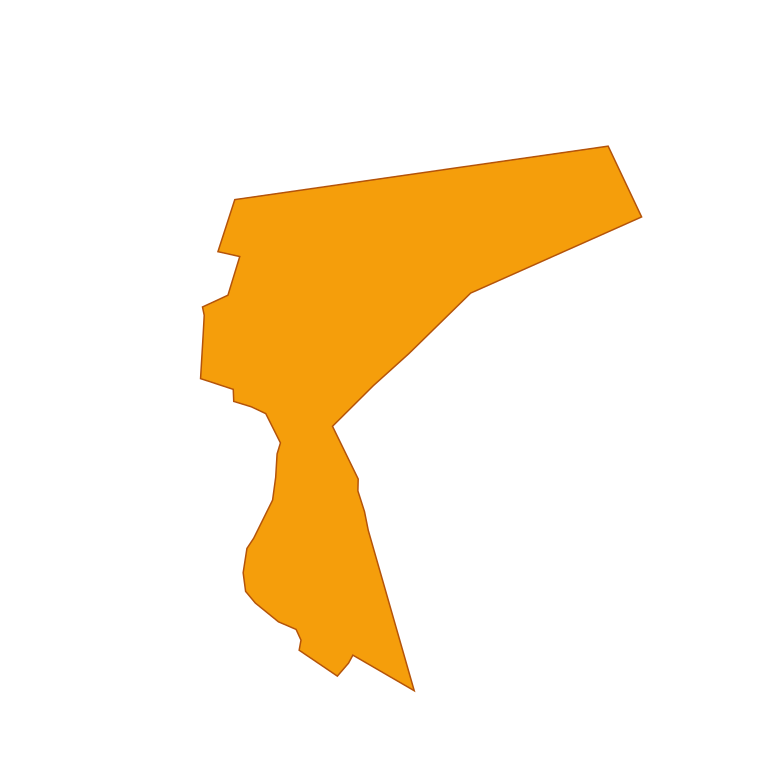 the district of Messias Targino, Rio Grande do Norte, Brazil, rotated 107°
{"feature_id": "56859067B56904102074746", "entity_name": "Messias Targino", "entity_type": "district", "adm_level": 2, "iso_a3": "BRA", "parent_name": "Brazil", "parent_adm1": "Rio Grande do Norte", "projection": "albers", "projection_center": [-37.447, -6.084], "detail": "fine", "context": "isolated", "style": "filled", "palette": "amber", "viewbox_px": 768, "rotation_deg": 107, "n_neighbors": 0, "source": "geoboundaries", "source_scale": "gbopen_adm2", "svg_char_len": 674}
<svg xmlns="http://www.w3.org/2000/svg" viewBox="0 0 768 768"><g transform="rotate(107 384 384)"><path d="M668.5,265.4L528.5,356.3L511.8,365.3L493.9,377.7L482.4,380.9L439.5,420.9L388.5,393.6L347.5,369.0L305.1,345.9L271.7,327.7L148.9,186.5L91.0,239.2L155.1,375.8L251.3,580.6L306.0,581.5L304.3,559.2L344.7,559.2L363.4,580.1L370.9,576.0L388.7,571.6L432.5,561.0L433.2,526.6L444.6,522.6L444.6,504.2L446.9,488.4L470.6,465.8L482.1,465.8L504.9,460.3L527.6,456.6L569.5,463.5L581.3,467.0L605.7,463.5L622.8,455.7L631.1,443.0L642.3,415.4L644.4,396.3L653.2,388.5L663.4,387.3L677.0,343.2L661.3,336.3L652.4,334.5L668.5,265.4Z" fill="#f59e0b" stroke="#b45309" stroke-width="1.5"/></g></svg>